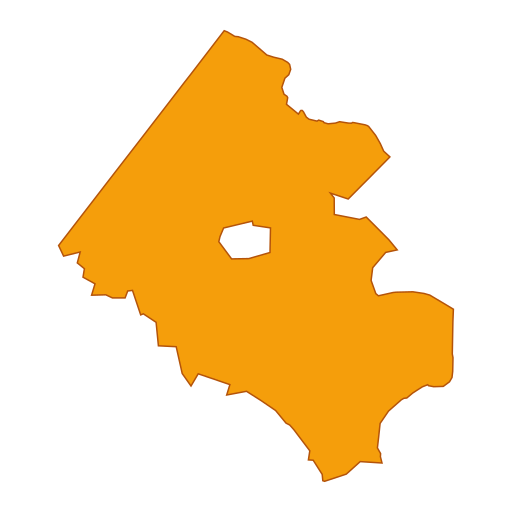 Fairfax, Virginia, United States of America (Albers equal-area conic projection)
{"feature_id": "52423323B7849589815213", "entity_name": "Fairfax", "entity_type": "district", "adm_level": 2, "iso_a3": "USA", "parent_name": "United States of America", "parent_adm1": "Virginia", "projection": "albers", "projection_center": [-77.233, 38.838], "detail": "fine", "context": "isolated", "style": "filled", "palette": "amber", "viewbox_px": 512, "rotation_deg": 0, "n_neighbors": 0, "source": "geoboundaries", "source_scale": "gbopen_adm2", "svg_char_len": 1916}
<svg xmlns="http://www.w3.org/2000/svg" viewBox="0 0 512 512"><path d="M348.2,199.0L351.5,195.7L362.3,184.8L369.3,177.8L374.3,172.7L385.9,161.0L389.9,156.9L383.7,151.2L380.3,143.6L375.7,135.5L368.6,126.4L367.3,125.6L365.0,124.8L353.7,122.6L352.4,122.5L351.6,123.2L348.5,123.1L339.6,121.7L335.4,123.1L328.1,123.8L324.1,122.7L323.3,121.6L318.7,120.1L317.0,121.1L309.0,119.2L306.3,117.1L303.5,111.9L302.3,110.5L301.0,110.4L300.5,110.8L298.4,114.1L286.5,104.3L287.7,97.7L287.0,96.3L284.0,94.2L281.8,87.4L284.9,78.2L288.8,74.7L290.7,69.3L289.6,64.4L287.7,62.4L282.2,59.2L273.7,57.2L266.8,55.0L252.1,42.3L245.9,39.2L238.2,36.7L234.8,36.4L227.5,32.0L224.2,30.7L190.2,75.0L184.4,82.4L166.4,105.8L165.1,107.5L141.5,138.1L108.7,180.5L89.9,204.9L58.6,245.5L63.6,256.1L80.2,252.0L77.3,262.9L84.4,268.7L83.0,277.2L95.0,283.8L91.6,295.2L105.8,294.8L112.4,297.9L125.1,297.9L127.7,291.0L132.5,290.4L140.7,314.9L143.3,313.8L156.1,322.3L158.4,345.8L176.2,346.7L182.2,373.5L191.0,386.0L198.2,373.8L229.9,384.6L226.7,395.0L246.5,391.3L260.5,400.2L275.6,410.5L286.0,423.1L289.7,425.0L293.8,429.6L309.8,450.8L308.4,459.9L313.2,460.2L322.2,474.4L322.8,480.7L324.6,481.3L346.3,474.1L360.2,461.6L382.0,463.0L380.4,456.7L380.6,453.6L377.4,447.9L378.6,437.5L380.1,423.4L388.5,411.1L401.3,399.8L403.9,398.3L406.8,398.0L412.6,393.1L416.9,390.3L422.4,386.8L427.0,385.0L427.7,384.7L428.5,385.7L433.7,386.7L443.3,386.4L449.5,381.8L452.0,377.5L452.7,371.4L453.0,357.7L452.3,354.0L452.4,348.7L452.8,326.4L452.9,321.5L453.4,309.2L429.8,295.1L423.8,293.4L423.6,293.4L412.9,291.8L396.1,292.2L393.1,292.5L378.4,295.8L375.8,293.6L371.1,280.4L372.7,267.7L385.7,252.4L397.2,249.9L388.9,239.8L375.8,226.6L366.2,217.0L359.5,219.4L334.3,214.5L334.2,198.0L330.4,193.1L348.2,199.0ZM220.0,236.6L223.6,228.0L252.3,221.1L253.2,225.3L270.5,227.9L270.0,252.5L248.8,258.6L231.6,258.9L218.8,241.7L220.0,236.6Z" fill="#f59e0b" stroke="#b45309" stroke-width="1.5"/></svg>